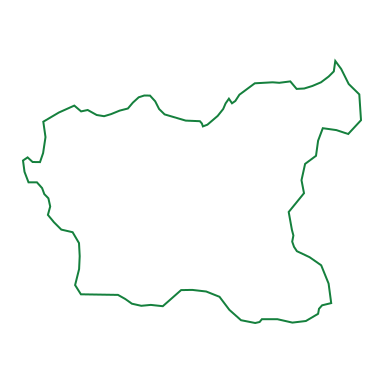 map outline of Lovech (Albers equal-area conic projection)
{"feature_id": "BGR-2247", "entity_name": "Lovech", "entity_type": "Province", "adm_level": 1, "iso_a3": "BGR", "parent_name": "Bulgaria", "parent_adm1": "", "projection": "albers", "projection_center": [24.557, 43.037], "detail": "fine", "context": "isolated", "style": "outline", "palette": "green", "viewbox_px": 384, "rotation_deg": 0, "n_neighbors": 0, "source": "natural_earth", "source_scale": "10m", "svg_char_len": 1352}
<svg xmlns="http://www.w3.org/2000/svg" viewBox="0 0 384 384"><path d="M255.2,323.0L241.0,320.2L229.4,309.9L219.5,296.8L206.2,291.5L192.2,289.9L181.1,290.1L162.8,306.2L150.8,304.9L141.3,305.8L131.9,303.7L125.1,298.9L118.0,294.9L80.9,294.3L75.1,285.1L79.1,269.1L79.7,256.1L79.0,243.1L72.6,232.2L61.3,229.6L54.0,222.3L47.9,214.9L50.2,206.5L48.4,198.3L44.3,194.1L42.1,188.1L36.9,182.3L28.5,182.3L24.5,171.8L23.0,160.5L27.6,157.4L32.6,162.0L40.0,162.1L43.1,153.1L45.5,137.1L43.3,121.7L58.9,112.5L74.3,105.6L81.1,111.4L87.7,110.0L96.7,115.0L104.1,116.2L111.1,114.1L119.7,110.6L127.9,108.5L132.9,102.6L138.7,97.3L144.3,95.5L150.0,95.6L155.2,101.3L159.1,109.0L164.6,114.4L185.7,120.6L199.9,121.2L201.9,123.5L202.9,126.4L207.4,124.7L217.7,115.9L223.2,109.0L225.6,103.4L228.9,98.7L232.0,103.3L235.3,101.0L239.4,94.7L254.8,83.3L272.6,82.3L279.3,82.8L290.3,81.4L296.6,88.9L304.2,88.5L312.3,86.0L321.0,82.3L328.7,76.5L333.8,71.4L335.3,61.0L341.2,69.0L348.7,84.0L359.3,94.4L361.0,120.2L348.2,134.0L336.4,130.1L322.8,128.2L318.1,140.7L316.0,155.8L305.1,163.9L301.5,180.2L304.0,193.2L288.7,212.0L291.9,229.8L293.4,235.5L292.2,241.6L294.0,246.8L296.9,251.2L309.6,257.2L321.2,265.3L328.6,283.6L331.2,303.1L322.1,305.3L319.0,308.8L318.1,313.8L305.9,321.0L292.4,322.6L277.4,319.2L261.9,319.2L259.6,322.0L255.2,323.0Z" fill="none" stroke="#15803d" stroke-width="2"/></svg>